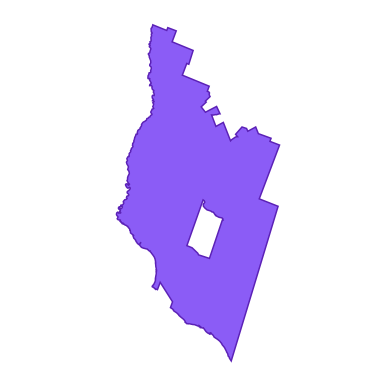 outline of Burke, Queensland, Australia, rotated 197°
{"feature_id": "25037944B14025919363288", "entity_name": "Burke", "entity_type": "district", "adm_level": 2, "iso_a3": "AUS", "parent_name": "Australia", "parent_adm1": "Queensland", "projection": "natural_earth1", "projection_center": [139.379, -18.061], "detail": "fine", "context": "isolated", "style": "filled", "palette": "violet", "viewbox_px": 384, "rotation_deg": 197, "n_neighbors": 0, "source": "geoboundaries", "source_scale": "gbopen_adm2", "svg_char_len": 6027}
<svg xmlns="http://www.w3.org/2000/svg" viewBox="0 0 384 384"><g transform="rotate(197 192 192)"><path d="M105.1,41.9L105.5,203.5L125.7,205.1L122.0,262.5L132.3,263.2L132.1,266.5L145.6,267.2L150.1,272.8L156.4,266.4L158.4,268.7L163.2,268.8L167.2,259.9L164.6,258.2L165.9,257.7L166.8,256.9L169.4,253.6L170.1,252.2L182.4,267.7L188.3,261.7L195.8,271.4L194.2,271.8L192.1,272.9L191.1,273.1L188.8,274.8L188.1,275.0L193.5,281.0L202.5,272.2L208.1,276.1L204.7,282.1L205.8,282.8L202.6,288.5L203.3,289.2L204.3,290.7L204.2,291.8L205.1,292.6L206.8,292.8L206.5,298.2L235.4,300.9L234.6,313.4L232.4,313.2L232.3,327.7L254.9,329.8L254.2,341.5L263.2,342.1L263.4,339.1L278.3,340.4L278.1,339.7L278.4,339.0L278.3,337.6L278.8,336.8L278.9,336.2L277.8,333.3L277.5,333.0L277.1,333.0L276.6,332.2L277.1,331.1L276.3,329.5L276.5,327.8L276.1,326.7L275.8,326.3L275.7,325.5L275.3,324.8L275.4,324.1L276.1,323.4L275.9,323.0L275.4,322.5L275.3,322.2L276.2,321.4L276.3,320.7L276.1,320.5L275.4,320.5L275.0,320.2L274.9,319.6L275.4,319.0L275.2,318.4L273.7,317.6L273.2,316.8L273.3,314.2L273.1,312.8L273.3,312.5L274.1,311.8L274.1,311.3L273.8,310.7L272.8,310.0L272.3,308.5L269.9,305.5L269.2,303.5L269.6,301.4L269.4,300.6L268.8,300.1L267.8,299.7L267.3,299.0L267.0,298.1L267.0,295.7L266.5,294.7L266.8,293.9L267.8,293.5L267.9,293.3L267.7,291.9L268.0,290.3L267.6,288.6L267.4,287.9L267.0,287.6L266.4,287.7L265.9,288.1L265.5,288.0L265.3,286.7L262.9,284.3L262.9,283.9L263.7,282.5L263.6,281.3L263.2,281.3L262.5,282.1L261.7,281.8L261.1,281.3L260.9,280.3L260.2,278.9L259.4,278.3L258.6,278.1L258.2,277.9L258.1,277.4L258.2,276.2L257.4,275.5L256.6,274.1L256.4,273.5L256.5,273.1L257.5,273.1L257.8,273.0L258.1,272.4L258.0,271.5L257.7,270.8L257.2,270.0L255.9,269.2L255.9,268.8L256.5,268.1L256.5,267.7L255.3,267.8L254.8,267.6L254.8,267.0L255.5,266.2L255.6,265.9L254.4,265.0L254.3,263.5L254.5,262.2L253.1,260.8L253.4,260.2L254.3,259.7L254.4,259.4L254.4,258.2L254.7,257.3L254.8,256.5L254.6,256.0L253.1,254.8L253.0,254.1L253.8,253.3L254.1,252.5L254.1,251.7L255.1,250.9L255.6,249.7L256.6,249.0L256.6,247.4L257.6,246.0L259.1,244.5L259.4,243.9L260.0,242.0L260.0,241.6L259.7,241.0L259.7,240.1L260.4,238.2L260.1,237.4L261.6,235.4L261.8,234.7L261.7,232.8L261.1,231.7L261.4,231.1L262.2,231.1L262.4,230.9L262.4,229.0L262.7,227.4L262.5,225.4L262.6,223.9L262.3,223.3L262.4,222.3L262.9,221.0L262.6,220.1L262.6,219.2L261.9,218.6L261.8,217.9L262.0,217.2L262.7,216.0L262.5,214.9L262.9,213.8L262.5,213.1L262.5,212.4L262.6,212.0L263.1,211.0L263.3,210.3L262.9,209.3L262.9,208.3L262.6,208.1L262.6,207.7L262.7,207.4L263.5,207.1L264.0,205.2L264.0,204.7L263.2,203.7L262.9,203.1L263.4,201.7L263.4,201.3L262.4,199.7L261.0,198.5L260.1,197.4L260.1,194.7L258.4,193.4L257.4,191.6L257.4,190.9L257.8,188.3L257.8,186.8L257.3,185.2L257.5,183.9L255.3,181.7L254.4,181.4L254.1,181.2L254.4,180.2L254.8,179.9L255.3,180.1L255.9,180.8L257.2,180.6L257.6,180.1L257.7,179.4L256.3,177.8L255.0,177.0L254.6,176.9L254.1,177.1L253.4,178.0L253.0,178.2L252.4,177.9L252.1,177.2L252.4,175.9L253.9,173.6L254.0,172.9L253.6,172.1L252.3,171.5L251.6,170.7L251.8,169.8L252.8,169.2L253.1,168.6L253.0,167.4L252.2,166.9L252.2,166.6L252.9,165.6L254.0,165.0L254.8,163.2L254.9,162.5L254.0,161.5L254.3,159.9L254.9,159.1L256.0,158.8L256.2,158.5L256.1,157.9L255.7,157.6L254.7,157.9L254.3,157.6L254.2,157.1L254.5,155.8L254.8,155.4L255.6,155.3L256.1,155.7L256.6,156.5L257.0,156.7L257.6,156.1L257.7,155.3L257.5,154.7L256.9,154.2L255.9,154.1L255.3,153.8L255.1,153.3L255.5,152.5L255.5,152.1L254.6,151.9L254.1,151.3L254.3,150.9L255.3,150.7L256.0,150.4L256.8,151.0L257.2,151.0L257.8,150.1L257.8,148.8L257.5,148.1L256.7,147.4L255.8,146.9L255.4,146.4L255.7,144.5L254.6,143.9L253.8,143.9L252.7,144.2L252.3,144.1L252.4,143.1L251.9,142.8L251.8,143.2L251.0,142.7L250.6,142.1L250.1,142.1L249.7,141.4L249.4,141.3L248.9,141.9L248.5,141.3L247.7,141.2L247.8,141.5L247.6,141.5L247.3,141.1L247.0,141.0L245.8,140.8L245.4,140.9L243.9,140.3L243.4,140.4L242.7,139.5L241.0,138.6L240.2,137.1L239.8,137.2L238.8,134.9L237.0,134.2L236.6,133.9L235.4,133.6L235.1,133.3L235.2,133.0L235.5,132.7L234.1,130.8L232.2,129.8L232.1,129.5L231.8,129.4L230.9,128.2L230.6,128.2L229.2,126.9L227.5,126.2L227.2,126.3L226.6,127.4L226.4,128.5L225.8,129.0L226.3,128.4L226.4,127.4L227.0,126.2L224.2,124.3L222.2,124.1L217.9,124.3L216.4,123.4L215.2,123.1L214.9,123.3L214.7,122.8L213.1,122.0L212.9,121.6L211.5,120.7L209.2,118.9L207.8,117.2L206.7,115.2L206.3,114.0L206.2,114.0L206.2,113.4L205.9,113.2L205.9,112.9L204.7,109.9L203.9,108.6L203.7,108.0L203.7,107.4L203.4,107.2L203.4,106.8L202.9,105.4L202.8,105.6L202.7,105.1L202.9,105.1L202.3,103.5L201.8,99.1L201.4,98.3L201.5,98.2L201.7,98.7L201.7,98.4L201.2,96.9L201.1,95.6L201.5,92.7L202.0,91.6L202.1,90.9L202.2,91.0L202.5,90.3L201.9,89.9L202.0,89.7L200.4,89.3L198.5,88.3L198.4,88.7L196.5,88.5L196.0,96.3L178.5,81.3L178.8,75.1L176.3,74.4L175.2,73.7L175.2,73.4L174.5,72.9L171.4,72.0L169.3,70.9L169.0,71.0L168.7,70.4L168.1,70.0L167.0,69.5L166.9,69.6L166.3,69.2L162.6,67.7L161.1,66.6L160.1,65.6L160.5,65.7L160.7,66.1L160.6,65.5L158.2,64.5L157.6,64.9L156.7,64.9L156.4,65.2L152.5,65.5L150.8,65.9L147.0,65.6L146.4,65.8L146.3,66.0L146.0,65.9L145.8,65.4L145.5,65.5L145.1,65.2L145.2,65.6L145.5,65.7L145.7,66.1L144.1,65.5L144.1,65.2L143.8,65.3L143.3,65.0L142.1,65.0L141.4,65.4L137.9,62.7L135.9,61.8L135.1,61.7L134.1,62.0L133.9,61.8L134.1,61.7L134.3,61.7L134.0,61.4L133.9,61.6L133.5,61.6L133.1,61.4L133.0,61.6L133.3,61.6L133.2,61.8L133.2,62.2L132.7,62.3L132.8,62.8L132.7,62.8L131.9,62.1L129.8,61.1L128.4,59.7L124.6,58.6L121.9,57.5L119.0,55.5L118.8,55.0L118.4,54.7L115.5,52.8L112.4,49.6L112.2,49.2L110.6,47.8L109.5,45.8L109.1,45.4L108.0,44.9L107.6,44.0L105.1,41.9ZM179.1,187.7L177.7,187.2L176.9,186.2L176.8,185.7L177.5,184.0L177.5,183.3L177.0,181.8L175.1,180.5L172.4,179.3L168.4,179.3L167.3,178.8L165.6,178.9L162.9,176.7L162.7,176.9L162.2,176.6L162.2,176.3L158.7,175.7L155.9,176.0L154.7,175.4L154.7,174.9L154.0,174.3L154.6,173.6L154.8,173.6L155.9,133.6L167.4,133.8L168.5,135.1L175.6,138.7L181.2,139.2L179.1,187.7Z" fill="#8b5cf6" stroke="#5b21b6" stroke-width="1.5"/></g></svg>